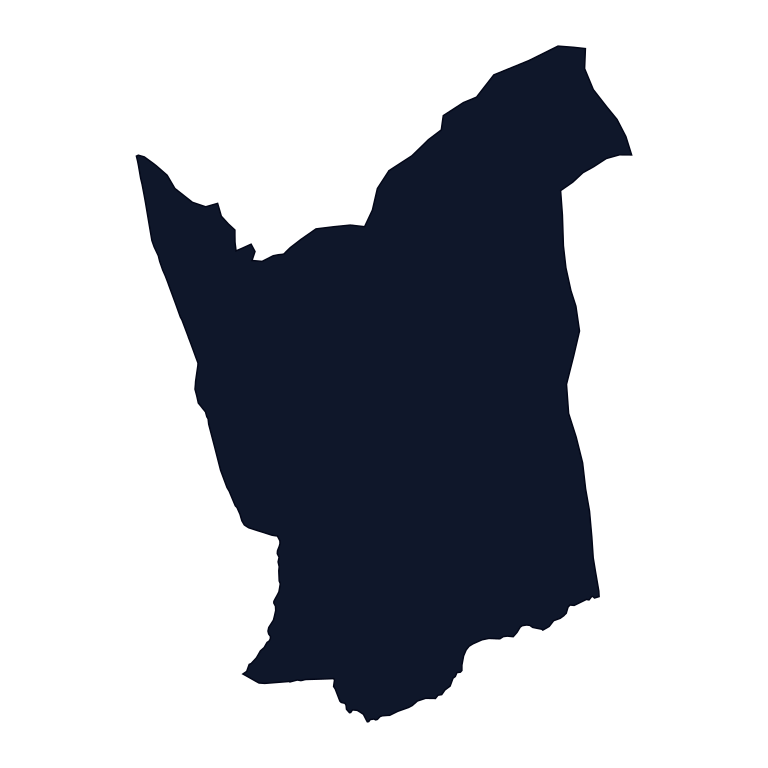 Monts de Lam, Logone Oriental, Chad
{"feature_id": "50815135B14191552615898", "entity_name": "Monts de Lam", "entity_type": "district", "adm_level": 2, "iso_a3": "TCD", "parent_name": "Chad", "parent_adm1": "Logone Oriental", "projection": "equal_earth", "projection_center": [15.78, 8.051], "detail": "fine", "context": "isolated", "style": "filled", "palette": "ink", "viewbox_px": 768, "rotation_deg": 0, "n_neighbors": 0, "source": "geoboundaries", "source_scale": "gbopen_adm2", "svg_char_len": 4440}
<svg xmlns="http://www.w3.org/2000/svg" viewBox="0 0 768 768"><path d="M300.8,239.5L296.7,242.7L290.3,247.6L285.7,252.1L285.0,252.9L284.9,253.0L283.7,254.1L283.1,254.2L281.8,254.4L278.7,254.7L276.5,255.1L273.5,255.7L273.3,255.7L262.1,261.4L252.0,260.5L255.0,251.5L251.1,244.2L249.3,245.0L242.5,248.1L236.0,250.9L235.6,247.0L235.2,244.0L235.0,242.0L234.9,235.3L234.9,230.0L228.3,223.9L221.3,216.2L219.1,208.5L217.6,203.4L213.4,204.6L205.7,206.8L192.4,202.3L174.9,188.5L167.1,175.2L156.3,165.8L155.4,165.1L153.5,163.6L150.9,161.7L144.3,156.9L138.3,155.2L136.4,156.1L137.6,161.1L138.5,165.7L140.6,177.9L140.6,178.0L142.1,184.3L144.2,195.4L145.5,202.6L149.1,224.1L151.9,240.5L154.1,246.8L158.4,255.9L158.5,256.5L159.7,261.4L160.9,264.8L162.7,270.0L165.3,275.9L167.8,282.4L168.6,284.7L175.9,304.5L180.4,317.1L181.4,318.9L182.1,320.3L188.1,336.2L188.4,337.2L190.7,343.2L193.2,350.0L196.1,358.0L198.0,363.0L197.9,365.4L196.5,375.0L195.6,381.3L195.4,384.6L195.0,389.2L195.8,392.2L196.7,395.6L198.0,401.5L198.3,403.0L202.3,407.9L202.3,408.0L205.5,411.9L206.8,416.7L206.9,416.9L208.1,418.8L208.7,424.2L214.5,446.4L220.6,470.3L222.5,475.4L225.0,482.1L227.0,487.5L229.2,491.2L235.3,505.8L236.8,507.3L237.0,507.5L237.3,508.2L240.1,514.5L240.8,517.1L241.9,520.8L244.3,524.9L246.7,526.5L248.8,527.8L258.1,530.8L261.4,531.8L272.0,535.2L274.4,535.6L277.4,536.0L279.9,540.8L280.0,543.5L279.3,546.2L277.7,550.2L277.5,550.8L277.4,551.8L277.3,553.7L279.1,557.3L278.1,561.9L279.2,566.7L278.8,570.6L278.8,570.8L279.2,581.0L279.4,581.4L280.3,583.8L279.2,590.3L278.9,591.9L277.1,595.4L276.2,597.0L275.4,598.4L273.9,601.3L273.8,603.0L274.7,604.7L275.5,606.2L275.6,608.5L275.7,610.5L274.4,616.3L273.4,620.2L268.8,627.4L268.7,627.7L268.0,630.9L268.0,631.1L268.1,631.7L268.7,634.0L269.5,635.1L270.5,636.5L270.3,638.4L270.3,639.0L269.0,641.2L268.9,641.2L268.2,641.7L267.1,642.4L266.1,644.1L264.2,647.5L263.9,647.8L260.4,650.9L258.6,654.1L258.2,654.8L256.5,657.7L256.1,658.2L251.2,663.5L250.4,663.9L249.2,664.4L246.7,671.4L242.9,674.0L246.0,675.7L253.6,680.0L255.7,681.2L259.0,683.0L260.7,683.1L264.7,683.4L290.1,681.4L290.1,681.9L290.8,681.7L297.3,680.0L300.8,680.6L302.4,680.3L304.6,679.7L305.3,679.6L305.7,679.5L322.4,679.0L333.7,678.6L333.8,678.8L334.5,680.2L334.1,682.7L333.6,686.5L335.2,688.9L337.4,694.6L339.9,701.1L340.8,702.0L341.2,702.4L341.9,702.6L345.0,703.3L346.1,705.4L346.4,708.6L346.5,709.1L346.5,709.3L349.5,712.7L350.2,712.6L350.7,712.5L351.6,711.2L352.5,709.9L355.7,710.2L357.3,710.4L358.3,711.0L360.1,712.1L363.4,714.3L366.1,719.6L366.3,720.0L367.3,721.8L367.9,721.8L368.8,721.5L370.3,719.5L372.2,719.3L373.9,719.0L374.4,719.3L375.7,719.9L376.0,719.8L377.4,719.4L380.0,716.6L380.3,716.5L382.2,715.8L387.4,715.4L389.7,715.3L397.8,711.3L408.5,707.5L412.3,705.5L414.3,703.7L414.5,703.6L417.4,701.0L420.8,699.9L425.6,698.3L432.4,698.4L433.9,698.4L435.4,698.5L438.0,695.2L441.7,694.6L443.4,692.2L444.9,690.0L447.7,687.9L450.1,686.1L451.9,681.2L453.0,678.2L455.3,676.5L456.9,672.6L460.1,672.2L460.5,672.1L460.7,671.8L461.9,670.5L461.9,665.1L463.6,655.9L465.2,652.1L466.1,650.0L466.8,649.1L469.1,646.2L473.0,643.8L482.0,639.8L486.8,638.8L488.9,638.4L494.6,638.6L495.8,638.7L499.9,638.8L502.5,637.1L503.3,636.6L507.3,636.1L513.2,636.7L514.9,634.8L517.0,632.4L520.2,627.1L522.2,625.7L525.8,625.1L526.7,625.0L529.4,625.3L529.9,625.4L530.5,625.8L531.0,626.2L532.7,627.4L537.6,628.4L541.8,629.2L542.4,629.7L542.8,630.1L547.2,627.6L549.2,626.4L551.3,623.7L553.6,620.7L560.2,618.3L563.8,615.7L564.7,614.7L566.2,613.3L568.0,607.2L570.0,605.0L573.1,605.3L574.2,605.4L583.4,600.9L586.4,599.4L586.6,599.4L586.8,599.5L589.0,599.9L591.6,596.6L592.8,596.4L594.5,598.0L599.1,596.6L598.8,591.1L598.2,587.5L596.5,577.5L595.6,572.4L593.2,557.7L591.8,537.0L589.5,511.1L585.6,488.9L582.6,462.8L576.2,437.2L568.6,413.4L566.5,384.3L573.7,355.8L579.5,331.0L575.9,306.2L570.9,290.6L565.9,267.8L563.4,245.8L562.4,215.0L560.6,190.6L572.8,182.1L582.9,172.7L593.7,166.7L606.3,158.5L619.5,154.8L631.6,154.9L625.9,136.6L617.0,119.4L607.1,107.3L593.3,89.6L584.6,68.6L585.4,48.6L573.5,47.3L558.0,46.1L528.8,60.6L493.8,74.9L492.8,76.2L484.3,87.1L478.4,94.7L476.6,97.1L470.2,99.8L463.4,102.6L443.3,115.6L442.7,119.7L441.3,129.9L430.0,138.5L428.4,139.7L426.1,142.0L411.9,155.8L388.9,170.7L388.9,170.8L377.4,188.5L372.4,210.1L364.6,226.7L354.8,225.6L352.6,225.3L352.1,225.3L350.2,225.1L334.2,226.7L322.6,228.1L316.0,228.9L300.8,239.5Z" fill="#0f172a" stroke="#020617" stroke-width="1.5"/></svg>